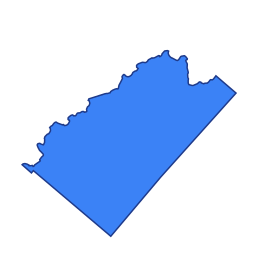 the district of Florence, Wisconsin, United States of America, rotated 310°
{"feature_id": "52423323B70097344617018", "entity_name": "Florence", "entity_type": "district", "adm_level": 2, "iso_a3": "USA", "parent_name": "United States of America", "parent_adm1": "Wisconsin", "projection": "natural_earth1", "projection_center": [-88.334, 45.867], "detail": "fine", "context": "isolated", "style": "filled", "palette": "blue", "viewbox_px": 256, "rotation_deg": 310, "n_neighbors": 0, "source": "geoboundaries", "source_scale": "gbopen_adm2", "svg_char_len": 2503}
<svg xmlns="http://www.w3.org/2000/svg" viewBox="0 0 256 256"><g transform="rotate(310 128 128)"><path d="M224.5,161.8L220.2,162.0L218.9,161.5L218.3,160.4L217.8,160.1L215.1,160.2L213.4,159.9L211.7,158.1L210.6,157.6L209.6,155.2L209.9,154.7L209.9,154.2L209.3,153.2L208.6,152.9L206.6,152.7L202.5,150.6L201.8,149.8L200.4,146.8L200.8,145.8L201.2,145.2L203.0,143.6L204.5,142.7L205.2,141.3L207.2,139.4L207.9,138.9L208.8,138.8L209.5,138.2L212.1,134.6L215.0,132.4L215.4,131.8L216.2,129.8L216.9,128.8L217.2,128.8L218.5,129.3L219.2,128.9L219.8,126.1L219.6,124.7L217.2,122.7L216.5,122.5L212.8,122.9L211.5,122.5L211.0,121.6L209.9,116.5L209.7,116.3L209.6,114.8L209.8,113.4L210.1,112.4L210.9,111.0L211.8,110.3L213.0,109.7L212.9,109.2L212.6,108.4L210.6,106.6L210.1,106.5L206.8,106.4L206.3,106.6L205.8,106.9L204.8,107.0L203.4,106.7L203.0,106.4L203.1,106.0L203.5,105.5L203.1,104.9L198.9,103.2L197.4,102.0L197.2,101.8L197.2,101.3L193.4,99.8L192.1,99.9L191.8,100.1L189.9,99.7L189.1,99.1L188.2,97.6L187.5,96.7L183.9,94.7L183.2,94.5L181.8,94.3L181.4,94.4L180.1,95.6L180.1,97.5L177.8,97.8L177.3,97.7L176.1,96.8L173.9,96.1L173.4,96.1L172.1,96.5L170.5,96.6L168.5,96.0L167.6,95.4L167.0,94.7L166.6,93.9L166.4,93.0L166.6,92.2L166.4,90.5L165.6,90.2L165.3,90.3L163.8,90.3L163.3,90.6L162.4,91.9L159.6,92.6L155.0,93.6L152.2,95.1L151.4,95.1L150.8,94.1L149.6,93.2L147.0,91.9L144.7,91.3L143.6,91.7L141.2,90.1L140.6,89.3L139.2,88.2L125.2,79.3L123.6,79.8L123.9,80.7L122.5,82.8L120.5,83.7L119.4,83.7L118.2,83.4L116.1,84.0L115.7,84.2L114.5,85.6L113.9,85.7L112.8,85.1L112.0,84.4L112.2,83.8L111.9,83.1L111.0,82.2L108.6,81.4L108.1,80.7L106.9,79.7L105.8,79.7L104.1,80.0L103.6,79.9L102.4,78.6L102.5,77.5L102.3,77.0L101.0,76.2L98.9,75.7L97.3,75.6L96.1,76.5L95.9,77.3L96.3,78.1L95.7,78.8L94.8,79.2L92.4,79.6L90.6,79.1L89.1,77.9L88.9,77.4L89.2,76.7L89.2,76.4L88.7,75.9L88.3,75.8L86.5,70.8L86.4,69.3L86.1,68.9L85.4,68.5L83.8,68.2L81.2,68.4L80.1,67.9L78.3,67.7L77.9,67.8L78.0,68.2L77.6,68.9L76.3,70.2L75.6,70.6L72.7,71.0L71.4,70.2L68.1,69.9L66.3,70.6L65.8,71.4L63.4,73.3L60.9,74.0L60.6,73.8L59.7,71.5L59.6,70.4L59.4,70.1L58.1,69.1L57.1,69.1L56.3,69.7L55.2,71.7L54.0,74.7L53.9,76.5L53.5,79.7L53.1,80.4L52.4,80.8L50.1,80.5L47.0,80.7L46.8,80.9L46.5,81.8L45.9,81.9L39.7,80.2L38.6,80.4L38.1,80.4L37.9,80.3L37.5,80.0L37.7,79.4L37.9,79.0L37.8,78.7L36.7,77.9L35.5,76.4L35.6,76.0L35.9,76.0L35.5,74.0L34.5,71.9L33.1,70.7L31.8,70.5L31.5,82.9L34.5,82.9L34.0,184.4L111.3,184.6L224.2,188.3L224.5,161.8Z" fill="#3b82f6" stroke="#1e3a8a" stroke-width="1.5"/></g></svg>